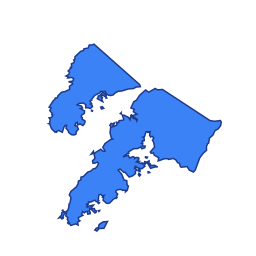 Gao-Bugotu, Isabel, Solomon Islands (Equal Earth projection), rotated 74°
{"feature_id": "97153195B92120906809587", "entity_name": "Gao-Bugotu", "entity_type": "district", "adm_level": 2, "iso_a3": "SLB", "parent_name": "Solomon Islands", "parent_adm1": "Isabel", "projection": "equal_earth", "projection_center": [159.757, -8.429], "detail": "fine", "context": "isolated", "style": "filled", "palette": "blue", "viewbox_px": 256, "rotation_deg": 74, "n_neighbors": 0, "source": "geoboundaries", "source_scale": "gbopen_adm2", "svg_char_len": 6029}
<svg xmlns="http://www.w3.org/2000/svg" viewBox="0 0 256 256"><g transform="rotate(74 128 128)"><path d="M96.3,100.6L99.8,107.9L103.5,112.1L104.3,115.2L109.6,119.7L111.7,116.8L113.8,118.4L117.2,115.6L117.3,119.7L118.5,119.8L122.3,116.8L123.7,117.6L122.0,117.9L120.0,120.3L118.1,120.8L118.6,122.8L120.7,123.8L117.9,124.6L114.5,128.4L114.4,129.9L118.7,129.7L119.1,130.6L118.5,134.5L120.4,135.6L119.4,137.2L122.1,137.9L122.6,142.5L119.4,139.5L119.7,142.0L118.9,142.9L120.4,144.8L121.7,144.1L127.6,146.6L132.9,146.8L134.4,145.7L134.3,147.9L136.6,154.4L139.6,157.5L143.8,156.4L143.5,158.4L140.9,160.0L142.8,166.6L143.9,167.8L148.2,168.2L149.7,171.1L152.1,171.4L152.7,170.1L152.4,166.7L153.9,166.1L156.6,168.4L157.9,170.5L157.6,172.5L159.2,175.7L159.3,178.9L162.3,184.2L162.3,186.8L164.9,187.6L165.4,190.4L167.8,191.3L170.3,193.8L173.2,200.3L176.1,202.9L179.2,202.0L184.0,204.4L184.9,205.7L187.8,206.7L190.3,208.4L190.9,209.7L195.4,212.0L197.6,210.6L199.1,211.6L205.9,209.9L205.7,204.9L207.5,202.7L204.7,202.5L204.0,199.8L203.1,200.7L200.4,200.4L199.5,195.4L198.0,196.3L195.8,194.6L197.6,193.3L196.8,192.0L196.8,190.2L199.7,190.4L200.0,188.0L198.7,187.5L196.8,188.3L196.0,187.1L194.6,187.0L195.0,185.8L192.6,182.4L192.2,186.3L192.9,188.5L192.0,188.3L192.0,189.1L190.5,187.5L189.9,188.6L189.1,186.2L188.3,186.2L188.9,184.2L188.2,179.7L190.1,178.8L190.5,177.5L189.5,176.0L188.9,176.4L184.3,174.5L184.3,172.4L186.1,171.4L186.3,169.7L187.5,171.6L188.3,170.7L190.5,171.9L194.2,169.6L195.1,167.9L194.9,166.0L192.4,161.7L191.9,159.2L192.4,158.9L191.7,157.6L190.3,157.7L188.7,156.1L186.2,157.5L184.8,156.4L184.5,154.4L185.3,151.2L186.4,150.5L187.1,147.6L188.7,148.1L187.6,145.8L184.0,143.7L182.1,144.5L178.3,143.7L176.9,146.1L170.6,146.8L165.7,149.1L165.2,147.0L169.4,144.3L169.5,143.2L175.5,140.4L175.3,136.9L173.9,133.4L171.6,132.9L170.9,131.4L168.5,131.8L168.6,132.8L166.8,131.6L169.5,128.9L171.0,125.8L169.4,122.2L168.3,122.8L167.4,121.5L167.4,122.5L166.2,122.7L165.7,123.5L166.4,124.2L165.3,124.8L165.5,125.7L163.5,128.3L163.1,126.4L162.5,127.8L162.7,128.3L162.7,128.9L160.7,126.0L159.4,126.0L158.7,128.0L159.1,129.8L158.5,129.4L156.9,131.0L157.2,134.8L154.3,135.2L154.4,140.7L152.3,135.5L152.6,134.2L151.1,134.2L149.5,128.3L150.4,124.5L149.8,121.0L151.8,120.4L151.7,117.5L150.2,116.4L149.2,119.2L147.0,118.1L146.4,119.2L145.4,117.6L144.3,117.7L144.6,115.8L141.6,115.2L140.9,116.1L140.8,114.5L136.6,111.7L137.6,107.7L140.9,109.3L142.9,108.7L142.6,107.2L144.5,105.9L146.5,107.9L148.6,107.3L153.6,107.7L157.2,113.2L158.6,112.8L159.0,110.5L161.4,110.2L165.0,106.7L168.0,108.1L167.6,101.2L168.6,98.1L169.4,97.6L169.8,92.8L172.0,90.7L175.0,89.9L176.0,88.3L179.7,88.3L180.4,87.5L181.4,81.8L185.4,80.7L188.4,77.2L186.8,74.8L176.5,67.3L173.0,62.7L171.1,58.6L167.7,57.8L165.1,56.0L164.8,54.7L160.2,52.5L158.2,48.3L154.5,45.1L153.8,41.8L151.4,38.4L148.2,36.8L146.3,37.1L145.4,42.9L143.5,47.1L100.5,84.2L99.4,89.2L97.5,90.9L99.3,98.3L96.3,100.6ZM89.6,104.8L38.0,137.6L38.3,139.8L37.5,142.3L40.2,144.4L39.7,148.5L41.3,149.6L41.2,152.2L44.8,159.3L47.3,160.1L47.6,161.4L49.1,161.1L50.3,162.1L50.7,164.7L54.1,165.4L56.7,169.8L58.3,168.9L60.2,170.1L60.9,173.3L62.4,171.3L63.3,172.2L63.9,168.2L65.5,166.6L67.7,168.1L67.1,172.4L69.2,169.3L70.5,169.1L71.7,172.7L74.8,173.5L75.6,178.5L75.3,182.0L77.6,186.3L79.5,187.8L79.1,189.7L80.3,190.4L81.3,192.5L86.3,198.1L87.6,196.3L89.6,198.4L93.7,196.7L94.1,197.6L95.5,197.0L96.7,198.6L96.5,201.1L98.4,200.4L101.9,202.1L102.0,203.0L102.5,202.2L107.6,201.7L112.0,199.2L111.2,195.4L114.0,192.3L109.8,189.6L108.2,187.7L108.5,186.3L111.2,187.7L113.9,186.3L115.9,186.3L118.7,184.4L119.8,182.0L119.6,179.7L117.3,178.8L115.5,176.0L111.8,176.4L112.0,177.5L110.9,178.4L108.6,176.5L108.7,175.2L110.4,175.5L111.2,174.8L110.9,173.0L113.2,170.7L112.0,168.8L110.0,167.5L109.2,167.4L106.9,169.7L105.4,169.0L104.4,170.0L102.9,169.2L102.0,166.0L99.6,165.0L96.3,168.3L96.2,166.2L94.2,166.6L91.7,170.5L90.9,168.1L91.7,164.1L93.8,162.2L97.0,163.1L97.5,160.8L98.9,158.9L97.6,156.2L96.0,156.3L94.6,157.6L94.3,156.3L91.6,157.2L91.2,155.1L90.3,155.0L87.4,150.8L86.5,145.4L85.3,144.3L85.6,142.9L86.5,142.5L88.5,145.0L88.4,143.9L92.4,140.7L90.9,140.0L86.9,141.7L86.1,140.9L86.5,139.8L89.1,139.4L91.2,137.6L92.0,135.8L92.1,132.9L91.0,131.4L90.0,127.3L90.7,124.1L90.6,117.0L91.6,111.8L90.9,108.8L91.7,104.8L89.6,104.8ZM218.5,186.3L216.7,183.4L217.8,178.8L212.2,173.5L211.4,177.8L212.4,181.3L213.4,182.9L215.6,183.8L215.5,186.0L216.9,188.0L218.5,186.3ZM173.6,110.1L171.0,113.1L170.5,116.3L168.7,116.4L168.3,117.6L165.4,116.8L166.0,119.6L165.0,121.2L166.2,121.5L167.1,118.9L173.0,117.4L172.9,112.5L173.6,110.1ZM95.7,145.0L93.0,145.3L91.8,144.3L90.7,145.4L90.0,144.2L88.6,145.1L89.2,148.0L90.0,147.8L91.3,149.5L95.7,145.0ZM196.9,216.3L193.3,213.1L192.2,211.0L190.9,211.7L191.1,214.9L193.1,215.8L194.7,217.1L195.4,218.0L196.9,216.3ZM200.6,183.2L200.0,181.6L199.0,181.2L198.2,182.4L196.2,182.5L195.5,185.0L196.2,185.6L200.6,183.2ZM102.4,148.3L102.4,145.9L100.4,146.7L100.4,148.5L102.4,148.3ZM177.4,130.2L176.5,128.8L174.5,129.9L175.8,130.9L177.4,130.2ZM173.1,128.4L171.6,128.0L170.8,129.7L172.0,130.1L173.1,128.4ZM143.0,170.6L142.8,167.9L140.8,167.6L143.0,170.6ZM162.2,118.1L161.4,117.3L160.5,119.1L161.2,119.4L162.2,118.1ZM192.6,177.0L191.8,176.0L191.3,177.5L192.2,177.4L192.6,177.0ZM176.8,119.4L175.9,119.9L175.6,120.8L176.7,121.0L176.8,119.4ZM200.2,179.0L199.6,178.0L199.4,177.9L199.3,179.2L200.2,179.0ZM117.6,122.1L117.0,121.1L116.4,121.0L116.6,121.8L117.6,122.1ZM102.1,157.7L101.6,157.3L100.9,158.0L101.5,158.4L102.1,157.7ZM195.4,219.2L195.4,218.3L193.9,217.0L195.4,219.2ZM203.6,211.7L204.2,210.5L201.9,212.5L203.6,211.7ZM112.9,130.4L111.9,130.7L111.5,130.5L112.0,131.4L112.9,130.4ZM197.0,217.3L197.1,215.4L196.8,215.2L197.0,217.3ZM138.1,109.0L138.4,108.3L137.9,108.0L138.1,109.0ZM190.0,213.1L189.0,213.2L189.1,213.9L189.4,213.8L190.0,213.1ZM93.3,140.8L93.3,140.2L92.7,140.5L93.3,140.8ZM54.4,166.9L54.1,166.3L53.9,166.6L54.4,166.9ZM112.4,198.5L112.3,197.7L112.1,197.7L112.4,198.5Z" fill="#3b82f6" stroke="#1e3a8a" stroke-width="1.5"/></g></svg>